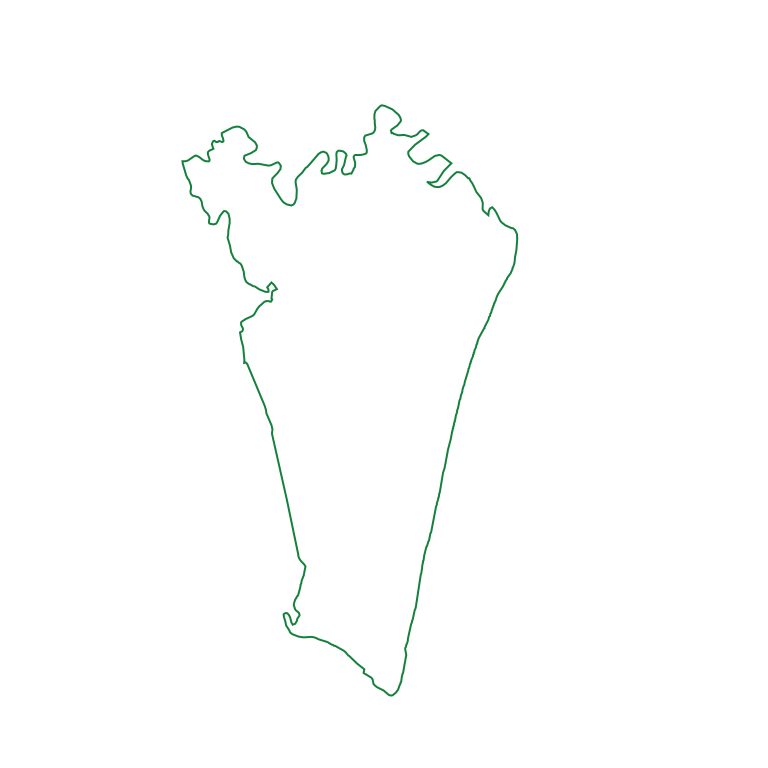 the district of Maquival, Zambezia, Mozambique, rotated 339°
{"feature_id": "85939544B65123265698186", "entity_name": "Maquival", "entity_type": "district", "adm_level": 2, "iso_a3": "MOZ", "parent_name": "Mozambique", "parent_adm1": "Zambezia", "projection": "robinson", "projection_center": [37.054, -17.825], "detail": "fine", "context": "isolated", "style": "outline", "palette": "green", "viewbox_px": 768, "rotation_deg": 339, "n_neighbors": 0, "source": "geoboundaries", "source_scale": "gbopen_adm2", "svg_char_len": 6148}
<svg xmlns="http://www.w3.org/2000/svg" viewBox="0 0 768 768"><g transform="rotate(339 384 384)"><path d="M206.1,574.4L207.3,580.0L207.3,582.1L208.3,584.1L210.0,585.9L214.0,589.4L218.3,591.8L225.7,594.1L228.6,595.9L231.8,599.2L238.7,604.6L241.7,608.5L242.8,609.2L243.5,610.5L244.4,610.8L250.8,618.5L252.0,620.6L253.4,624.7L254.1,625.5L258.8,635.6L263.4,643.3L261.4,646.5L266.9,653.6L267.5,655.8L266.7,660.3L267.6,662.4L268.8,664.5L273.9,670.1L277.0,675.9L278.7,677.3L280.5,677.7L284.5,676.4L287.7,674.3L290.9,670.5L291.9,669.8L292.3,668.9L293.3,668.2L295.5,664.1L297.4,661.3L298.3,660.5L307.7,644.9L308.8,638.9L309.4,637.9L310.3,637.2L311.7,635.0L312.4,634.7L314.5,631.8L314.9,630.6L323.2,618.0L324.8,616.3L325.1,615.4L326.1,614.6L331.8,605.9L332.8,605.1L334.2,602.9L350.1,575.0L350.9,574.2L353.7,569.3L354.6,567.3L356.5,564.5L356.8,563.4L357.6,563.0L360.4,558.0L365.2,551.2L366.1,550.7L369.0,546.9L370.0,546.2L373.8,540.1L374.8,539.4L388.6,517.2L390.2,515.4L390.5,514.4L393.6,510.6L393.9,509.6L394.7,509.1L396.4,505.9L397.1,505.4L407.4,487.9L410.5,484.1L420.5,467.8L426.5,459.5L430.7,452.6L431.4,452.0L431.9,450.7L432.8,450.1L433.2,448.8L434.1,448.1L435.8,445.1L436.7,444.5L437.0,443.3L437.7,442.8L439.9,439.0L442.2,436.4L442.6,435.2L444.6,432.8L448.8,426.1L449.8,425.5L451.5,422.5L454.2,419.5L455.3,417.3L457.6,414.4L458.4,413.9L460.2,411.0L467.9,401.1L468.3,400.1L469.3,399.4L471.4,396.2L472.3,395.6L472.7,394.5L473.5,394.1L473.8,393.2L477.1,389.9L477.6,388.7L478.4,388.3L478.9,387.1L479.8,386.5L480.4,385.2L482.6,383.1L484.6,380.2L485.5,379.8L485.8,378.8L489.0,375.0L496.7,368.5L497.7,368.1L498.0,367.2L504.6,361.3L506.2,359.0L507.4,358.4L508.6,356.4L509.5,356.0L511.2,353.5L512.0,353.0L512.5,351.9L513.5,351.2L514.0,350.1L514.9,349.6L515.3,348.6L516.2,348.1L516.7,347.1L517.6,346.7L520.6,342.9L523.2,340.5L530.6,335.1L531.2,334.3L532.2,333.7L532.8,332.7L533.9,332.2L534.5,331.2L536.2,330.3L536.8,329.3L541.8,326.1L545.4,322.4L545.8,321.4L546.7,320.9L549.4,317.4L551.8,312.5L555.5,306.6L560.2,296.7L561.9,291.8L561.5,287.1L560.3,284.9L558.5,283.8L554.2,279.4L551.6,275.1L551.0,273.1L550.4,265.0L549.7,261.1L548.4,257.8L546.2,258.0L545.2,258.7L543.5,260.6L541.9,263.8L539.0,258.4L538.7,256.1L541.2,250.1L541.3,245.1L539.0,237.7L538.7,231.7L538.2,227.4L537.6,225.6L537.4,222.5L536.3,222.1L534.6,218.1L532.0,214.4L528.1,212.3L526.1,212.7L521.2,214.7L513.8,218.7L510.1,219.8L506.9,220.0L504.7,219.5L501.7,217.8L498.9,214.5L497.1,211.3L496.6,210.3L497.0,211.0L500.6,213.0L505.1,213.7L506.6,213.4L516.3,206.5L526.0,202.1L519.5,191.3L517.7,190.0L513.2,189.3L505.6,191.2L501.8,191.7L497.7,191.6L494.8,190.7L493.7,189.9L490.9,186.4L489.0,180.3L489.1,177.9L490.0,175.8L498.9,171.7L511.7,168.2L515.1,166.6L511.5,161.1L509.7,160.7L507.6,161.2L504.7,162.8L502.7,163.2L498.1,163.1L492.3,158.8L486.6,157.0L482.7,153.9L482.1,152.8L481.0,152.5L481.3,149.9L482.2,149.2L489.1,147.4L493.7,144.8L494.4,143.7L494.7,141.4L494.2,138.2L490.3,130.7L484.5,124.8L481.8,123.0L480.0,123.2L473.8,126.1L471.8,128.7L470.0,133.1L470.0,134.0L468.7,137.7L467.8,141.4L466.8,143.3L465.2,145.0L463.1,145.9L455.5,145.4L453.7,146.9L452.6,150.2L452.6,154.7L451.7,159.7L450.8,161.7L449.7,162.4L447.8,162.4L444.6,161.9L439.1,159.9L438.2,160.1L437.2,160.9L436.8,161.8L436.4,167.1L435.1,170.1L434.5,171.1L432.7,172.2L432.3,173.0L428.9,175.9L427.6,175.2L424.5,175.0L422.4,174.3L421.5,173.4L420.9,171.3L421.5,168.6L425.1,165.4L429.9,158.2L430.9,157.4L431.0,155.4L429.4,152.3L425.8,150.1L424.9,149.8L422.9,150.6L421.8,152.6L420.0,158.2L417.9,162.4L416.2,165.5L414.5,166.9L408.5,167.4L403.1,166.2L401.6,165.1L402.1,162.3L402.8,161.9L403.4,160.8L409.6,157.8L412.3,155.6L413.2,153.6L413.6,151.3L413.3,148.3L412.6,147.1L410.6,145.3L408.5,145.1L405.4,145.7L393.0,152.4L390.2,153.8L388.3,154.2L383.3,157.4L378.0,159.6L375.0,161.6L373.8,163.8L372.2,171.4L368.7,179.4L365.4,183.1L363.4,184.1L361.4,184.1L357.4,181.3L355.1,178.1L353.9,174.0L351.5,162.1L351.5,156.2L353.4,152.1L360.4,148.8L364.3,146.3L365.9,143.2L365.1,140.0L364.5,139.1L363.5,138.8L356.8,139.3L354.2,138.6L345.7,133.4L339.8,131.5L336.8,129.5L334.5,126.9L334.0,123.8L334.3,122.7L335.6,120.9L342.6,120.8L348.3,119.7L349.9,117.8L350.8,115.6L350.3,112.2L346.1,104.9L345.9,99.4L345.0,96.5L341.1,92.0L338.4,90.8L334.5,90.3L322.5,91.6L321.7,93.8L321.7,97.3L321.2,99.7L320.2,100.2L319.2,99.8L317.4,98.2L316.5,98.1L315.7,98.5L314.1,98.1L312.8,96.1L311.9,96.0L311.0,96.5L309.2,98.5L309.0,103.3L304.5,103.6L302.6,104.5L301.9,106.7L301.6,112.1L301.0,113.1L300.2,113.4L297.2,112.0L295.5,110.3L292.4,105.3L290.4,103.4L289.3,103.1L281.1,105.1L278.1,104.8L275.7,103.8L275.1,106.0L274.1,118.4L274.3,121.5L275.0,123.8L274.9,129.6L274.1,131.9L272.3,134.9L271.8,137.2L272.8,139.5L277.7,143.2L278.9,145.4L279.1,148.6L278.2,152.7L278.2,156.1L278.7,158.3L280.3,161.6L280.9,164.7L280.8,166.0L279.0,169.2L278.4,171.1L278.8,171.9L281.8,173.8L284.6,174.2L286.3,173.1L291.5,168.0L296.5,165.2L298.4,166.1L299.8,169.4L299.1,174.5L297.6,178.4L293.5,185.3L292.3,188.3L290.4,191.4L289.8,199.5L288.5,206.3L288.8,212.7L290.6,216.8L291.3,217.2L291.6,218.3L293.1,220.2L293.6,222.6L293.3,228.8L292.0,234.0L291.8,237.4L292.1,239.6L294.1,242.7L294.8,243.0L296.6,245.5L298.4,246.7L301.6,251.1L306.6,255.7L309.2,256.5L310.0,254.3L309.6,251.9L315.3,248.9L316.8,251.8L318.0,257.0L313.6,257.4L312.6,258.0L309.5,264.1L310.0,264.9L308.2,266.6L307.1,266.3L306.5,265.6L304.3,264.5L301.8,264.4L295.2,266.9L292.7,268.4L287.8,272.5L285.7,273.3L278.1,273.8L273.4,274.8L272.4,275.7L271.8,278.0L272.2,281.4L271.9,282.4L271.2,283.5L270.4,284.0L268.1,284.2L266.7,290.9L265.8,299.0L262.2,311.8L261.0,314.2L262.6,314.3L263.5,316.2L264.8,361.8L264.5,366.0L263.7,369.3L264.2,382.2L263.6,386.4L261.6,390.2L251.8,457.4L242.8,512.7L242.4,513.9L242.3,516.0L242.8,518.9L244.9,524.0L245.3,526.2L240.4,534.0L236.7,538.0L235.3,540.5L234.3,541.3L233.3,543.3L228.1,550.5L227.1,550.9L223.5,553.8L221.2,556.8L220.5,558.4L220.3,562.6L220.6,563.7L222.5,567.0L222.5,568.9L222.0,570.0L219.1,571.9L217.9,573.8L215.2,576.0L212.5,576.0L212.1,573.3L212.7,568.4L212.4,565.3L211.4,563.2L210.5,562.7L208.5,562.7L207.7,563.2L207.1,565.4L206.8,570.4L206.1,574.4Z" fill="none" stroke="#15803d" stroke-width="2"/></g></svg>